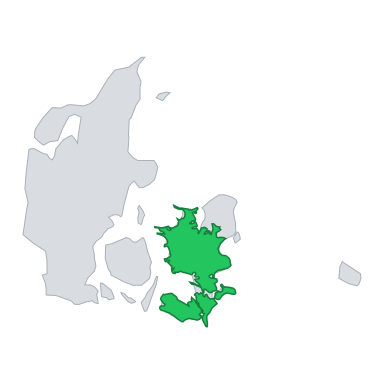 where Sjaælland sits in Denmark
{"feature_id": "DNK-3420", "entity_name": "Sjaælland", "entity_type": "Region", "adm_level": 1, "iso_a3": "DNK", "parent_name": "Denmark", "parent_adm1": "", "projection": "orthographic", "projection_center": [11.743, 55.283], "detail": "fine", "context": "in_parent", "style": "filled", "palette": "green", "viewbox_px": 384, "rotation_deg": 0, "n_neighbors": 0, "source": "natural_earth", "source_scale": "10m", "svg_char_len": 9669}
<svg xmlns="http://www.w3.org/2000/svg" viewBox="0 0 384 384"><path d="M98.2,303.5L97.5,303.4L94.4,302.6L92.2,300.7L86.4,301.8L78.7,304.5L74.4,304.2L71.2,301.0L57.5,296.0L55.3,295.5L46.2,295.0L46.1,287.9L45.2,282.8L42.3,275.2L47.1,273.6L46.9,258.8L45.5,251.2L32.9,242.8L23.0,234.6L26.7,209.2L28.1,202.4L24.9,188.8L26.1,173.5L29.0,149.3L32.2,148.6L34.5,148.8L43.2,153.6L47.0,154.2L49.3,158.2L52.3,159.9L54.6,155.9L55.8,148.9L63.2,140.0L68.3,136.9L71.8,135.4L75.0,139.2L77.5,143.4L78.4,134.4L81.1,117.2L74.6,114.3L69.1,116.4L63.2,127.1L57.8,140.6L49.9,141.6L43.4,145.2L38.0,140.9L34.5,137.1L34.7,131.9L35.6,128.8L42.8,117.9L52.2,107.6L61.0,108.1L67.7,104.9L71.5,104.7L83.6,105.9L89.9,103.7L95.6,99.0L108.1,78.5L115.1,69.9L128.7,67.2L141.3,57.4L144.8,57.3L138.8,64.7L137.8,67.6L137.0,72.0L141.0,81.7L140.0,87.6L140.1,99.1L136.0,105.1L131.2,117.8L129.2,119.7L128.5,134.6L128.9,138.2L127.9,151.8L132.5,157.4L137.5,160.4L154.1,160.6L155.8,163.1L157.8,167.3L156.2,174.4L154.4,179.8L149.4,184.3L143.2,187.6L139.3,187.7L134.1,181.1L131.6,183.2L128.9,186.4L124.2,203.9L121.8,215.8L120.7,216.7L118.2,214.9L114.0,214.7L108.5,217.3L111.2,219.9L114.0,224.4L112.8,226.6L107.9,228.8L103.6,233.5L101.7,237.1L96.2,241.2L92.7,246.6L94.1,253.4L94.6,259.3L95.9,265.9L94.4,271.1L87.5,278.4L84.8,284.9L90.6,285.0L94.1,286.6L96.1,288.6L98.2,291.4L96.7,294.7L98.2,303.5ZM235.5,223.2L235.8,231.7L234.6,234.2L232.7,235.8L228.0,237.6L223.8,240.0L220.2,244.3L218.8,250.4L221.8,254.8L227.1,257.2L228.5,265.6L224.2,269.8L212.9,274.0L211.8,284.1L212.2,292.0L212.0,297.7L211.2,305.7L202.0,309.4L196.0,297.2L196.0,292.4L194.2,286.7L193.9,281.9L191.8,274.2L183.2,272.1L179.8,271.8L175.2,273.2L174.0,272.6L168.5,262.0L169.5,250.4L166.6,244.5L166.2,241.9L166.3,238.9L163.9,236.5L161.0,235.2L159.6,228.6L163.0,227.0L171.3,227.9L173.8,227.5L176.0,226.1L182.8,215.4L182.6,213.0L183.4,209.9L190.7,208.8L193.9,213.0L193.2,219.6L193.6,228.2L198.1,230.5L199.8,230.8L201.6,224.5L202.9,221.5L204.7,219.7L205.2,214.0L204.2,210.5L202.0,207.9L210.2,200.7L218.7,195.0L223.6,194.7L228.6,196.0L233.2,197.9L235.7,199.5L237.2,202.1L234.1,208.4L233.3,211.9L235.5,223.2ZM143.5,237.9L145.4,242.3L147.7,251.8L151.5,262.4L149.8,266.8L150.8,272.5L149.6,278.4L141.7,285.2L132.9,285.3L123.8,281.8L111.1,275.1L110.1,271.5L108.4,269.5L105.2,258.5L105.7,245.1L112.1,243.6L126.3,237.5L129.5,238.5L132.8,241.9L136.7,242.1L142.4,237.6L143.5,237.9ZM177.5,299.2L186.1,304.5L192.0,304.2L196.0,306.4L196.9,309.8L197.3,317.3L193.1,319.5L188.4,318.7L182.1,321.5L161.5,309.1L161.9,298.9L162.8,294.9L172.5,294.1L177.5,299.2ZM358.8,284.3L357.1,285.8L349.0,283.8L338.9,278.4L339.9,266.8L342.2,261.7L360.5,273.8L361.0,278.6L358.8,284.3ZM146.7,310.9L144.5,311.3L141.7,304.4L141.3,302.2L144.9,297.9L147.2,292.9L153.0,285.4L156.5,276.4L157.7,276.6L156.2,284.5L148.3,306.7L146.7,310.9ZM114.0,298.7L108.9,299.8L106.4,297.6L101.6,296.7L100.3,283.6L100.8,282.9L103.1,283.8L111.2,290.1L113.9,296.9L114.0,298.7ZM235.4,292.7L233.6,294.0L226.1,293.2L217.7,299.1L214.5,297.3L215.7,293.5L216.5,292.1L219.4,290.5L221.2,288.2L221.9,284.5L223.7,286.5L228.9,287.2L231.5,288.4L233.6,290.1L235.4,292.7ZM141.9,223.1L141.1,224.6L138.1,223.0L137.9,217.5L139.1,212.6L137.8,208.2L139.3,205.4L143.5,212.0L144.6,215.1L142.9,218.8L141.9,223.1ZM164.4,98.7L162.5,100.7L156.2,97.8L159.1,93.9L166.0,92.1L170.1,92.8L165.6,96.6L164.4,98.7ZM134.6,302.4L131.3,303.3L127.6,301.3L121.6,294.3L120.9,292.4L124.1,293.6L128.0,297.4L131.2,298.2L135.6,301.4L134.6,302.4ZM240.4,239.1L235.9,242.8L234.9,242.6L233.4,237.7L235.7,234.6L237.1,232.1L238.1,232.1L239.5,234.9L240.4,239.1Z" fill="#d9dde1" stroke="#a8b0b8" stroke-width="1"/><path d="M225.7,238.6L224.4,239.4L220.4,243.6L218.0,248.6L219.3,253.1L221.7,255.1L222.5,255.4L225.5,255.6L226.3,256.0L228.4,257.7L229.5,259.0L230.0,260.3L230.1,261.7L230.3,263.0L231.0,265.2L230.1,266.4L227.6,268.2L217.4,270.7L216.7,271.5L215.4,272.3L214.5,273.8L213.9,275.5L214.2,277.0L213.8,277.7L213.4,278.0L213.0,277.9L212.5,277.5L212.9,275.7L212.3,274.6L211.3,274.3L209.3,275.8L209.2,276.7L209.5,277.0L210.9,278.1L214.9,278.5L216.8,279.1L217.2,281.1L216.9,281.9L216.6,282.2L214.9,283.3L214.4,283.8L214.7,284.0L216.6,288.0L216.5,289.6L215.9,290.5L214.9,290.9L213.8,290.9L213.0,291.2L211.4,292.5L210.3,292.7L208.6,292.0L205.9,289.5L204.3,289.2L204.2,289.6L204.6,289.8L204.0,290.3L203.6,290.4L203.9,292.1L203.5,293.0L203.1,293.9L202.9,295.1L203.3,296.0L204.0,296.6L204.7,296.7L205.3,296.2L204.9,295.1L205.4,295.0L206.6,294.4L207.0,294.9L207.8,296.8L209.8,298.7L210.6,299.1L212.5,298.7L213.4,298.7L214.1,299.4L215.5,301.5L217.0,303.2L217.0,303.7L212.7,307.3L212.0,308.1L210.1,311.8L209.8,312.5L209.4,312.9L208.0,314.5L207.5,314.8L206.8,316.0L206.8,318.7L207.4,323.5L207.3,326.6L206.3,326.7L205.2,325.4L205.0,324.2L204.3,323.2L202.7,320.0L202.3,318.9L202.4,317.2L203.0,315.8L204.3,313.7L203.3,313.5L202.6,313.0L202.5,312.1L203.0,310.7L202.4,310.4L201.6,309.0L199.4,306.6L199.0,305.5L198.9,304.8L198.9,303.9L198.6,303.3L197.7,302.3L197.0,301.7L196.5,300.8L196.3,299.1L196.2,297.6L196.1,296.4L195.6,295.6L194.6,295.1L194.6,294.5L196.5,293.0L196.9,292.8L197.6,293.0L198.6,294.2L199.1,294.5L199.6,294.1L200.7,292.9L200.9,293.1L201.3,293.5L202.0,293.1L202.9,292.1L202.9,291.6L202.4,290.9L201.5,288.3L200.9,287.5L197.7,285.9L196.7,285.8L195.8,284.8L195.4,284.6L192.4,284.4L191.4,283.9L190.7,283.2L190.0,282.2L192.6,282.8L197.7,285.2L200.2,285.8L199.2,283.8L196.1,281.5L194.9,279.4L199.1,278.6L199.4,278.3L199.2,277.6L198.2,276.7L195.4,276.9L194.6,275.8L195.3,275.0L195.7,274.0L195.6,273.1L194.9,272.4L193.8,272.4L193.0,273.1L192.3,274.1L191.6,274.7L191.0,274.6L189.2,273.8L185.5,272.9L184.6,272.4L184.0,272.7L180.6,271.2L180.0,271.3L178.7,272.1L178.0,272.3L174.7,272.3L174.7,272.9L175.7,273.5L174.0,273.4L172.8,272.9L172.0,271.7L171.7,269.4L172.4,269.9L173.1,269.9L173.7,269.4L174.0,268.2L173.5,268.6L173.0,268.8L171.9,268.9L171.7,268.4L171.9,266.3L171.6,265.9L170.7,265.3L168.1,262.8L167.6,262.1L168.1,261.8L168.8,261.8L169.3,261.5L169.4,260.6L169.1,260.2L168.4,260.0L167.1,260.0L166.8,260.5L166.6,261.2L166.2,261.7L165.5,261.7L165.2,261.4L164.5,259.5L164.5,258.8L166.5,258.9L168.0,257.6L170.2,256.7L170.6,255.7L170.6,254.7L170.0,254.2L170.2,253.3L169.8,251.4L168.9,248.4L168.3,247.3L167.7,246.6L166.9,246.2L165.9,246.0L165.1,246.7L164.5,246.8L164.3,246.3L164.4,245.2L164.7,244.6L165.1,244.3L165.8,244.3L167.1,243.8L167.6,242.6L167.5,241.0L166.8,239.4L164.7,236.7L162.4,235.3L157.2,233.8L157.2,233.1L164.7,233.9L164.0,232.4L161.0,231.1L159.8,230.3L159.1,228.9L158.7,228.3L157.9,227.9L155.4,227.7L154.7,227.3L154.7,226.7L162.2,228.0L163.8,227.7L166.7,226.6L168.4,226.3L168.4,226.9L167.4,226.8L166.9,227.0L166.4,227.4L167.2,228.9L168.4,230.1L169.8,230.5L171.0,229.8L169.0,228.0L169.7,227.4L170.1,227.9L170.9,228.1L172.7,228.1L173.4,227.8L175.1,226.6L176.7,226.2L177.5,225.8L178.0,225.0L178.6,221.4L178.4,220.7L177.6,219.5L177.3,218.8L178.5,219.6L179.7,219.9L180.8,219.4L181.8,218.2L183.5,218.6L184.8,216.3L185.1,212.9L183.5,210.1L182.1,209.5L179.1,209.3L175.3,207.8L174.2,206.9L173.8,205.4L179.9,208.3L181.1,208.0L188.4,209.2L189.3,210.1L191.3,210.0L194.6,208.9L196.4,207.9L197.3,207.7L197.9,208.4L197.7,209.2L196.3,210.9L195.9,211.9L196.5,212.8L196.2,213.3L195.4,213.5L194.6,213.0L194.9,211.9L193.4,212.0L192.8,212.3L192.3,213.0L194.7,217.2L195.6,219.5L194.9,221.2L194.2,221.3L192.7,220.9L192.0,221.2L191.1,222.5L190.6,222.9L189.7,222.9L189.7,223.6L190.5,223.8L192.8,223.6L195.0,222.2L195.9,222.4L196.7,224.4L197.1,225.8L197.1,226.4L193.2,227.1L192.4,227.5L192.0,228.0L192.6,228.7L193.3,228.8L195.5,228.6L195.9,228.4L196.3,228.0L197.1,228.8L198.2,230.5L198.6,231.6L198.6,232.1L198.3,232.6L197.9,234.0L198.7,233.2L199.4,232.4L201.5,227.9L203.3,227.8L203.9,227.5L204.1,227.2L204.8,227.4L207.1,228.8L206.8,230.2L206.4,231.2L204.7,232.8L204.1,234.0L205.1,234.2L206.5,233.6L207.6,232.4L207.7,231.0L208.5,230.7L209.3,231.0L210.0,231.7L210.4,232.8L208.9,232.3L208.7,232.5L209.0,233.2L209.7,233.8L211.3,234.5L211.7,232.7L212.8,230.0L213.0,228.1L212.0,223.9L213.8,223.9L216.4,226.4L219.9,227.0L219.3,227.7L219.3,228.1L219.7,228.7L220.7,229.3L220.8,229.5L220.6,229.9L218.7,231.3L217.7,231.7L216.0,233.1L216.4,233.6L216.4,233.9L216.2,235.3L216.3,235.8L216.6,236.2L216.6,237.2L218.1,237.8L219.0,237.8L219.9,237.2L220.5,237.6L221.9,237.4L223.6,237.6L225.7,238.6ZM201.1,312.8L200.6,313.4L199.6,313.9L199.3,314.8L201.2,315.7L201.0,317.5L199.5,319.3L197.3,320.1L189.6,318.4L187.1,318.9L184.8,320.0L182.9,321.8L181.8,321.6L177.3,318.8L174.3,316.2L168.9,312.7L166.5,312.1L163.9,310.9L161.2,310.2L160.2,309.3L159.7,308.0L160.1,306.5L161.3,305.8L162.8,306.1L164.2,306.0L165.1,304.2L164.3,303.9L163.6,303.4L161.1,300.1L160.8,299.5L160.8,298.1L161.5,296.7L163.5,294.3L164.2,294.6L171.2,293.3L172.4,293.8L174.7,295.7L175.5,296.1L176.4,296.9L177.9,300.1L179.0,300.8L180.2,301.1L188.9,306.1L188.4,304.6L187.8,303.7L187.8,303.0L188.9,302.0L190.2,302.0L191.4,301.5L191.9,301.4L191.5,300.5L191.3,299.4L191.6,297.4L195.3,300.8L195.6,302.0L196.7,303.5L197.5,304.1L198.3,304.4L197.6,304.9L198.3,306.5L200.8,308.5L201.3,309.3L201.4,310.7L201.6,311.3L201.6,311.8L201.1,312.8ZM228.9,287.3L233.2,288.2L234.8,289.6L235.6,292.5L235.6,293.5L235.1,294.0L234.3,294.2L233.2,294.3L227.4,293.0L225.6,293.3L224.0,294.1L222.3,295.5L219.8,299.1L218.8,299.6L217.4,299.4L214.3,297.9L214.3,297.4L215.0,297.3L214.8,296.5L215.0,295.8L215.4,295.3L215.9,295.0L215.0,293.9L216.0,292.6L216.7,292.3L217.3,292.7L217.6,292.1L217.3,290.9L218.1,291.0L219.2,291.8L220.0,292.1L222.0,291.3L222.6,290.9L222.4,290.0L222.3,289.3L222.5,288.8L223.0,288.5L223.0,288.0L221.4,286.8L220.9,286.2L220.7,285.4L220.8,284.8L221.4,284.5L222.2,284.5L223.3,286.4L224.9,287.1L228.9,287.3Z" fill="#22c55e" stroke="#15803d" stroke-width="1.5"/></svg>